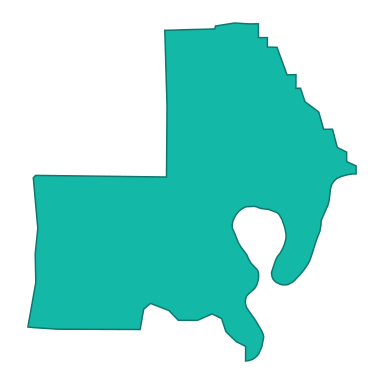 New Madrid, Missouri, United States of America (Albers equal-area conic projection)
{"feature_id": "52423323B13750065004346", "entity_name": "New Madrid", "entity_type": "district", "adm_level": 2, "iso_a3": "USA", "parent_name": "United States of America", "parent_adm1": "Missouri", "projection": "albers", "projection_center": [-89.531, 36.604], "detail": "fine", "context": "isolated", "style": "filled", "palette": "teal", "viewbox_px": 384, "rotation_deg": 0, "n_neighbors": 0, "source": "geoboundaries", "source_scale": "gbopen_adm2", "svg_char_len": 1811}
<svg xmlns="http://www.w3.org/2000/svg" viewBox="0 0 384 384"><path d="M245.6,361.0L249.2,360.5L252.4,359.4L254.8,357.9L257.0,355.9L258.9,353.5L261.9,346.4L263.6,337.7L263.7,336.8L263.3,334.7L261.5,330.5L255.7,320.7L247.0,308.3L246.0,306.0L245.5,303.8L245.4,301.6L245.6,298.9L246.5,296.4L247.7,294.7L254.7,288.4L255.7,286.8L256.6,285.2L257.8,281.8L258.5,278.6L258.6,273.3L258.0,271.2L257.0,269.5L251.0,263.1L248.6,259.0L246.7,254.6L240.9,246.9L238.9,243.7L237.9,241.6L235.1,234.3L232.9,229.6L232.3,227.7L232.2,224.4L233.0,220.9L234.6,217.1L236.4,214.2L239.0,211.2L241.8,208.9L245.1,207.1L246.9,206.7L254.5,206.4L257.2,207.0L259.0,207.9L261.2,208.5L268.5,209.4L276.2,212.3L278.2,213.6L279.1,214.5L282.1,219.8L284.9,228.1L286.1,234.8L285.9,238.7L284.5,244.2L282.5,249.0L280.1,253.2L277.5,256.4L276.0,259.3L275.3,260.9L271.9,271.2L271.5,272.9L271.6,274.6L272.0,276.6L273.3,279.5L275.6,282.0L280.5,284.4L282.9,284.9L286.8,284.8L288.7,284.2L292.4,282.2L294.8,280.2L300.7,273.9L304.5,269.1L307.7,264.4L309.3,261.5L310.6,258.3L316.5,239.8L320.0,230.9L321.0,224.8L321.1,222.0L321.4,219.9L328.1,204.8L329.2,200.0L330.5,189.3L331.3,185.6L331.8,184.4L334.0,181.2L336.8,178.5L341.4,176.4L347.8,174.7L352.8,173.9L356.1,174.0L356.1,165.9L346.7,161.6L346.6,152.1L337.3,147.5L332.5,129.2L323.6,129.3L318.8,112.1L305.0,101.7L300.5,88.2L295.9,88.3L296.0,74.6L287.1,74.9L277.0,47.3L267.4,47.1L267.4,37.6L258.5,37.6L258.4,23.8L249.4,23.9L234.5,23.0L215.5,26.0L214.8,28.9L205.9,29.2L185.2,29.7L171.5,30.2L164.8,30.3L167.0,105.6L166.5,177.0L35.6,175.4L33.3,177.8L37.8,228.4L35.2,253.8L35.8,282.4L27.9,327.0L33.6,327.6L58.0,329.2L140.1,329.5L143.7,309.2L150.5,303.4L168.9,310.5L178.4,320.3L197.4,320.4L212.0,313.9L221.6,318.6L225.9,331.7L236.4,341.8L245.6,346.3L245.6,361.0Z" fill="#14b8a6" stroke="#0f766e" stroke-width="1.5"/></svg>